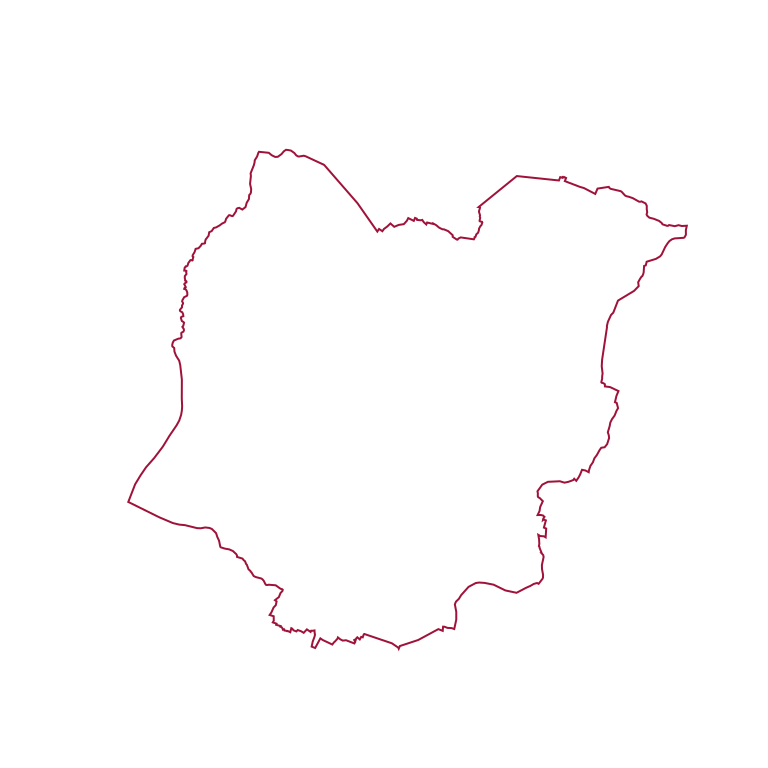 Kae Dam, Maha Sarakham, Thailand (Robinson projection), rotated 203°
{"feature_id": "78962969B5401688500865", "entity_name": "Kae Dam", "entity_type": "district", "adm_level": 2, "iso_a3": "THA", "parent_name": "Thailand", "parent_adm1": "Maha Sarakham", "projection": "robinson", "projection_center": [103.406, 16.054], "detail": "fine", "context": "isolated", "style": "outline", "palette": "rose", "viewbox_px": 768, "rotation_deg": 203, "n_neighbors": 0, "source": "geoboundaries", "source_scale": "gbopen_adm2", "svg_char_len": 6166}
<svg xmlns="http://www.w3.org/2000/svg" viewBox="0 0 768 768"><g transform="rotate(203 384 384)"><path d="M573.3,175.5L538.8,173.5L524.0,173.5L517.4,174.6L512.1,176.3L499.7,178.3L496.3,179.6L492.5,182.1L488.4,183.3L485.8,183.3L480.3,181.1L477.6,178.0L474.6,175.3L471.1,170.2L470.3,169.9L466.1,170.3L461.8,171.3L457.8,171.2L453.6,169.7L452.2,168.6L451.7,167.4L446.1,168.0L444.3,167.0L442.6,166.5L440.7,164.5L439.6,164.0L436.3,160.5L433.9,159.7L433.4,159.1L432.5,158.9L428.9,156.3L426.5,156.2L421.1,157.0L419.7,156.8L417.7,155.8L415.2,153.6L414.0,153.0L412.4,153.6L411.7,154.2L405.0,156.4L399.3,155.1L397.5,155.3L396.8,155.0L396.6,153.9L397.6,151.1L397.5,146.8L399.9,142.4L397.9,141.9L397.2,138.1L398.3,135.2L398.4,129.9L399.0,126.7L394.8,127.1L393.0,123.1L393.2,121.1L389.3,121.4L389.2,120.2L384.6,120.8L384.6,120.1L383.1,120.1L381.9,119.3L381.1,118.4L380.5,119.0L380.3,118.7L379.8,118.9L379.2,118.2L376.6,118.9L376.5,118.7L375.3,119.0L373.3,118.9L373.9,123.0L372.8,122.9L371.0,121.9L368.0,122.0L367.3,123.8L363.6,124.0L360.7,123.6L359.1,128.0L354.7,127.1L354.7,128.4L353.4,128.9L351.7,130.0L350.5,127.6L349.6,126.4L349.2,124.2L349.0,119.3L348.0,114.0L344.2,114.1L343.2,125.0L340.3,124.4L329.8,124.0L329.1,126.7L328.6,127.6L327.3,131.4L327.4,132.7L324.5,131.9L321.7,131.7L318.8,133.3L309.9,133.6L309.7,135.3L311.4,136.7L311.0,137.2L310.0,137.2L310.2,138.8L309.6,140.4L306.5,139.4L306.2,142.3L304.6,142.5L304.8,145.7L304.4,146.2L275.4,148.4L267.8,146.9L267.0,146.1L267.0,149.0L252.5,161.7L238.2,179.6L233.5,179.7L234.8,183.7L233.4,184.2L230.3,184.3L226.5,185.7L223.6,185.9L225.4,195.3L228.4,202.4L232.7,208.9L232.7,211.8L231.1,215.6L230.5,219.8L226.9,230.3L221.8,236.6L218.9,238.4L213.7,240.2L204.7,242.1L191.6,241.4L180.4,243.6L173.6,251.9L170.4,255.3L168.0,258.5L165.4,260.6L163.6,260.5L162.0,266.5L162.0,267.9L163.0,270.5L166.2,275.3L167.9,279.0L169.5,287.2L170.7,288.8L172.9,289.8L172.7,289.9L176.7,293.9L177.3,294.9L178.1,295.3L178.5,297.4L180.6,301.7L183.0,305.4L180.7,305.1L177.3,306.3L175.3,306.0L178.2,314.3L180.7,314.3L181.7,321.7L184.1,321.6L184.5,320.9L184.8,322.3L184.4,324.4L186.3,325.1L188.4,324.7L191.4,323.4L191.2,327.8L192.2,331.9L192.0,338.2L195.9,339.8L197.9,340.1L198.6,340.8L199.7,343.6L200.8,345.2L199.0,353.2L194.9,358.0L184.1,363.2L179.3,363.7L175.9,366.1L172.3,369.5L171.9,371.1L169.2,370.0L168.4,373.8L168.1,377.2L168.2,382.4L164.7,383.1L161.1,382.8L161.6,384.6L162.0,389.3L161.1,393.5L161.3,397.7L160.3,401.9L159.7,407.6L159.1,410.2L156.2,412.0L155.1,415.8L155.7,422.3L157.1,424.7L159.1,427.0L159.8,433.3L160.6,436.9L160.4,440.8L159.4,445.0L159.5,450.2L159.1,453.2L162.4,457.5L164.3,457.5L165.4,464.0L165.4,469.1L174.7,469.5L179.7,468.1L180.6,470.1L182.4,470.5L184.1,470.2L184.7,470.6L185.2,473.9L186.2,476.4L186.9,479.1L190.5,485.4L192.7,491.5L200.9,523.3L201.5,524.5L202.2,528.8L202.0,536.3L200.8,539.3L201.2,552.2L190.2,567.4L187.8,573.6L189.8,577.0L189.4,580.9L188.9,583.5L188.4,584.1L188.3,586.1L188.6,588.2L190.7,594.3L189.4,595.5L190.0,599.2L182.6,605.4L179.7,609.4L179.0,611.8L178.7,619.9L177.8,624.8L177.1,627.1L175.5,629.7L173.3,631.6L165.2,635.7L164.7,636.4L164.4,639.3L166.3,643.7L167.1,648.0L171.6,645.8L174.9,645.3L178.0,642.9L183.7,641.7L184.3,640.7L185.2,640.2L190.0,639.8L191.3,640.7L194.5,641.6L200.1,641.5L204.8,640.8L207.4,641.7L208.5,642.6L208.9,645.1L210.4,647.5L211.8,650.8L213.8,652.4L218.3,652.7L219.5,651.8L220.5,651.5L227.8,652.3L231.8,652.0L234.1,651.6L235.8,651.7L240.1,653.7L241.4,654.0L251.8,652.2L253.4,652.7L254.1,653.3L263.8,647.3L263.8,641.5L276.5,642.5L280.7,642.0L296.8,641.4L296.9,644.8L299.2,644.9L299.3,644.3L300.5,644.3L300.5,643.5L302.6,643.3L302.5,639.7L343.0,627.3L366.0,583.9L365.0,584.2L364.5,583.9L364.0,579.8L361.5,576.8L361.3,575.6L360.4,574.6L359.8,571.5L359.0,571.2L357.1,571.6L356.6,571.1L356.4,568.4L357.0,566.7L357.2,564.2L356.7,562.4L356.5,560.1L357.5,557.8L357.3,555.2L358.0,554.6L357.7,553.5L357.8,552.3L370.7,548.9L372.3,547.0L372.7,545.6L373.4,545.4L378.3,546.3L378.9,547.8L384.6,549.8L389.3,549.8L390.4,549.3L392.1,549.3L394.5,549.5L398.0,550.6L401.6,551.0L401.5,550.5L407.4,549.5L407.4,547.4L410.7,548.5L412.9,550.0L414.0,549.1L417.5,548.0L417.9,548.0L418.4,549.0L420.3,549.0L420.3,545.8L426.5,546.2L426.7,543.3L428.2,538.9L432.6,536.2L436.0,532.7L440.8,534.3L442.6,530.1L444.6,526.8L445.2,524.0L449.1,524.8L449.7,521.7L479.1,540.1L524.7,562.3L545.1,563.0L547.0,562.8L551.1,560.2L552.1,559.9L554.2,560.2L556.7,561.6L560.9,562.5L563.3,562.0L565.7,561.3L567.1,559.1L568.2,555.5L570.6,551.6L572.9,550.5L576.7,550.7L580.4,551.8L589.8,548.9L590.0,547.8L589.7,543.8L590.4,539.4L589.8,537.7L589.3,534.7L589.1,525.8L587.8,523.5L585.5,515.9L582.4,511.5L581.3,508.2L581.3,507.0L581.9,505.2L580.6,501.5L581.2,497.2L580.6,492.7L582.6,489.2L586.1,489.6L587.6,488.5L588.1,487.5L587.7,485.0L588.7,479.8L589.4,479.2L592.1,479.1L592.7,478.7L593.9,474.4L593.6,471.6L593.8,470.6L595.7,468.5L597.3,465.7L599.8,462.5L601.6,461.2L602.4,457.4L604.2,455.4L603.4,452.0L604.6,447.3L604.4,445.7L603.8,443.7L604.3,443.1L606.4,441.9L606.7,439.6L607.8,436.5L610.2,434.8L609.9,431.4L610.4,428.0L610.2,426.9L609.1,426.4L609.1,425.4L608.5,423.1L608.7,422.8L610.1,422.7L610.6,422.3L611.4,418.9L611.1,416.2L611.9,414.9L612.5,414.8L612.9,413.0L612.2,410.4L610.7,410.9L610.0,410.8L609.8,409.7L608.8,408.1L609.5,405.5L608.7,403.5L607.8,402.4L607.5,401.5L606.2,401.4L605.7,400.9L605.6,400.3L606.4,399.4L606.9,397.9L604.3,395.7L604.4,395.3L605.1,394.6L605.1,393.5L603.6,393.6L602.4,393.0L600.8,391.3L599.8,389.0L599.9,388.1L601.9,385.8L602.3,382.3L602.1,381.2L600.6,380.0L600.4,379.4L600.6,377.3L599.9,375.6L600.8,372.8L600.7,372.1L600.0,371.4L597.7,371.2L596.2,369.8L595.2,368.0L596.6,366.8L596.9,366.1L596.7,365.3L594.7,363.0L592.8,362.7L592.0,362.3L591.5,359.1L591.9,357.8L589.7,356.3L589.1,355.1L589.1,353.8L590.3,352.3L590.5,351.5L588.7,348.2L588.8,347.4L589.4,346.3L591.0,345.4L594.4,341.9L594.6,339.4L594.2,337.2L593.5,335.9L591.2,335.2L589.5,331.9L586.5,328.8L581.6,325.4L578.9,321.7L571.8,309.1L564.5,291.7L561.1,284.6L559.7,280.6L558.7,276.4L558.2,270.4L558.8,264.8L561.2,252.8L563.1,240.0L566.6,226.1L570.5,214.4L572.4,204.8L573.9,194.5L573.3,175.5Z" fill="none" stroke="#9f1239" stroke-width="2"/></g></svg>